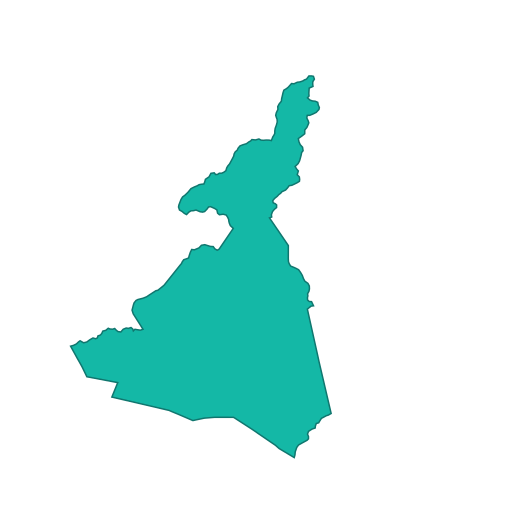 outline of Vitorino Freire, Maranhão, Brazil, rotated 24°
{"feature_id": "56859067B11407876745319", "entity_name": "Vitorino Freire", "entity_type": "district", "adm_level": 2, "iso_a3": "BRA", "parent_name": "Brazil", "parent_adm1": "Maranhão", "projection": "orthographic", "projection_center": [-45.344, -4.155], "detail": "fine", "context": "isolated", "style": "filled", "palette": "teal", "viewbox_px": 512, "rotation_deg": 24, "n_neighbors": 0, "source": "geoboundaries", "source_scale": "gbopen_adm2", "svg_char_len": 3799}
<svg xmlns="http://www.w3.org/2000/svg" viewBox="0 0 512 512"><g transform="rotate(24 256 256)"><path d="M178.6,328.5L174.5,334.8L172.7,337.7L170.1,340.4L165.8,343.8L164.5,345.4L163.7,348.4L163.9,350.5L164.8,355.9L167.4,358.8L182.6,368.9L180.5,370.8L178.0,371.5L175.2,372.2L174.4,374.3L173.1,372.8L170.9,372.2L168.9,374.0L166.7,374.6L164.5,376.9L163.4,380.4L160.6,381.2L158.2,380.5L156.4,379.7L154.8,381.2L152.2,382.1L150.4,382.1L149.0,385.0L146.6,386.9L146.6,389.5L146.0,391.5L144.1,393.3L144.4,395.3L143.2,396.8L140.4,397.2L138.2,400.2L136.4,403.4L133.8,405.4L129.8,405.0L128.8,406.7L127.7,409.4L125.6,411.9L123.3,413.8L134.4,422.2L137.0,424.1L142.2,428.0L150.6,435.1L181.2,427.9L181.7,443.5L239.4,432.4L242.4,432.4L249.3,432.2L265.3,432.0L267.7,430.2L274.8,425.1L283.8,420.2L295.7,414.9L301.2,412.5L322.9,415.9L327.9,416.8L329.8,417.2L350.7,421.0L355.5,422.5L372.9,424.6L372.5,421.9L371.5,418.9L371.1,414.4L371.7,411.4L374.3,407.9L375.9,405.8L377.6,403.6L378.3,401.7L377.4,399.6L375.5,397.8L375.3,394.9L376.6,392.8L377.8,391.1L380.0,389.1L379.4,387.1L379.2,384.5L381.1,382.9L381.3,380.9L381.8,377.7L383.6,375.4L385.1,373.4L386.8,371.9L388.7,369.3L356.4,326.7L352.3,321.1L324.5,283.6L326.7,279.4L328.8,278.1L325.3,275.1L323.2,275.9L321.1,275.3L320.0,273.3L319.6,271.3L318.5,269.6L318.7,266.6L318.2,264.3L316.9,261.7L314.6,259.9L310.8,259.1L308.4,257.2L306.2,254.9L303.4,252.9L300.5,251.2L297.3,251.0L295.2,251.0L291.7,251.1L289.3,249.4L287.9,247.9L286.5,245.1L281.3,233.3L252.8,215.7L254.5,214.0L253.3,212.1L253.0,208.8L253.8,205.9L255.1,203.4L254.1,201.0L252.3,200.4L250.1,200.4L248.8,198.7L249.6,195.8L251.1,192.9L251.9,190.5L253.0,188.7L253.5,186.8L256.2,183.7L257.1,181.0L257.7,178.3L260.0,176.8L261.9,174.6L263.9,172.2L265.3,170.1L264.7,168.2L263.4,166.1L260.6,165.0L260.1,161.1L257.9,160.1L255.3,158.3L256.2,156.2L256.9,154.4L257.1,151.4L256.8,149.2L256.2,145.4L255.6,142.9L256.2,140.7L254.3,137.7L251.1,136.3L248.7,134.1L246.9,131.5L249.2,127.6L250.8,124.5L249.3,121.0L250.2,117.9L250.2,115.9L250.1,112.9L248.7,111.3L246.3,109.3L245.6,106.7L247.9,105.6L250.3,103.1L252.6,100.3L253.9,96.5L253.5,94.6L251.5,92.8L249.9,90.5L247.2,90.5L244.4,91.4L242.0,91.6L238.7,90.6L239.4,88.3L238.2,86.1L237.4,84.0L236.3,81.0L239.1,77.9L237.9,75.9L237.0,73.7L237.4,70.7L235.4,68.5L233.5,68.9L231.1,70.0L230.2,73.9L228.7,75.3L227.5,77.1L225.2,79.2L223.0,80.5L220.7,83.2L218.3,84.0L216.8,88.7L215.7,90.8L214.0,93.2L214.3,96.0L214.9,99.0L215.4,101.7L216.2,104.3L215.3,107.6L215.1,110.7L216.4,113.1L216.3,116.9L216.8,119.5L218.3,121.2L219.7,122.6L220.9,125.0L221.4,128.3L221.6,131.5L222.3,134.1L223.3,136.4L223.2,138.5L222.9,140.4L223.1,144.3L220.9,144.8L218.2,145.9L215.7,147.3L213.5,148.1L211.1,147.9L208.3,150.2L204.9,151.3L204.3,153.1L203.1,154.6L201.6,157.3L198.9,159.6L196.6,161.9L195.8,164.8L195.8,167.0L194.7,169.2L194.5,171.7L195.0,173.8L194.8,177.4L194.4,182.6L193.6,185.3L193.4,187.5L193.8,190.3L192.5,192.6L191.0,194.3L188.8,195.3L187.7,197.1L186.0,198.0L184.0,197.0L181.2,198.8L180.9,202.8L178.6,206.5L179.0,209.0L179.1,211.4L176.7,212.8L175.0,214.0L173.8,215.7L171.5,218.1L169.2,220.9L167.9,225.6L166.4,229.3L164.9,231.9L164.5,234.9L164.8,240.7L165.3,242.8L167.4,245.1L170.5,245.4L173.1,246.2L175.7,246.4L176.8,243.3L178.2,241.2L180.5,240.0L182.5,238.4L187.0,238.3L189.4,237.6L191.0,236.3L192.2,233.0L192.7,230.5L194.5,229.4L196.8,229.4L198.9,229.4L201.5,229.8L203.5,232.5L205.8,233.2L209.0,231.2L212.1,230.7L214.3,232.1L216.1,233.7L217.2,235.5L218.4,237.0L220.2,238.7L224.0,240.0L219.5,264.8L218.2,266.5L215.5,266.2L213.1,264.8L210.4,265.8L204.6,266.5L201.8,268.4L200.6,271.8L197.2,275.4L194.6,276.2L194.5,279.3L194.8,282.6L195.2,285.2L193.9,286.6L191.5,288.8L191.0,291.3L191.0,293.2L190.4,295.2L183.9,320.1L180.3,327.2L178.6,328.5Z" fill="#14b8a6" stroke="#0f766e" stroke-width="1.5"/></g></svg>